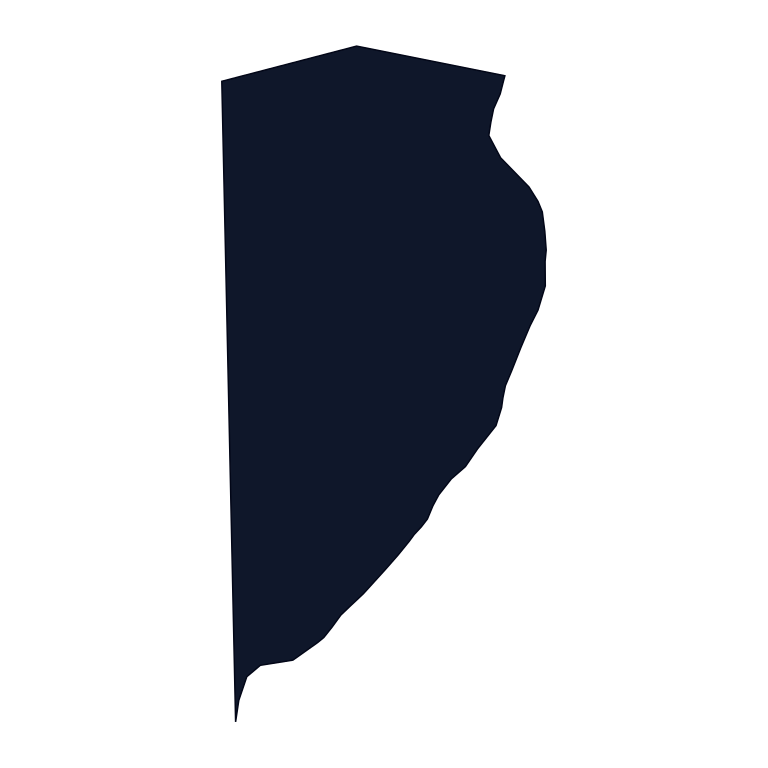 Getrine, Choiseul, Saint Lucia (Robinson projection)
{"feature_id": "8701671B56086336550970", "entity_name": "Getrine", "entity_type": "district", "adm_level": 2, "iso_a3": "LCA", "parent_name": "Saint Lucia", "parent_adm1": "Choiseul", "projection": "robinson", "projection_center": [-61.006, 13.781], "detail": "fine", "context": "isolated", "style": "filled", "palette": "ink", "viewbox_px": 768, "rotation_deg": 0, "n_neighbors": 0, "source": "geoboundaries", "source_scale": "gbopen_adm2", "svg_char_len": 702}
<svg xmlns="http://www.w3.org/2000/svg" viewBox="0 0 768 768"><path d="M221.8,81.3L235.6,721.9L238.8,700.3L246.8,676.7L255.5,669.4L260.3,665.3L292.9,660.1L317.7,642.5L323.8,637.5L332.0,627.2L340.8,615.1L350.3,606.0L363.3,593.8L385.1,569.8L398.0,555.1L409.3,541.2L414.2,534.5L421.3,526.9L427.4,519.0L432.9,505.8L438.8,494.8L451.3,478.9L465.4,466.6L477.6,448.8L496.0,425.6L501.6,407.5L502.9,397.9L505.4,385.7L511.5,371.2L520.8,347.7L530.1,325.7L538.0,310.1L545.3,285.9L545.1,261.5L546.2,250.1L544.8,231.2L542.3,211.9L538.0,201.4L529.0,187.0L500.6,157.8L488.8,135.5L490.9,122.0L493.6,108.8L500.2,93.9L503.6,80.6L504.9,75.8L356.6,46.1L221.8,81.3Z" fill="#0f172a" stroke="#020617" stroke-width="1.5"/></svg>